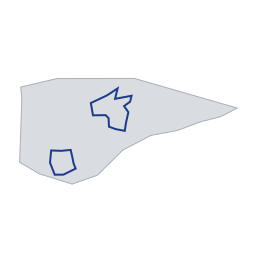 location of Vaduz within Liechtenstein, rotated 87°
{"feature_id": "LIE-4895", "entity_name": "Vaduz", "entity_type": "state/province", "adm_level": 1, "iso_a3": "LIE", "parent_name": "Liechtenstein", "parent_adm1": "", "projection": "natural_earth1", "projection_center": [9.545, 47.128], "detail": "fine", "context": "in_parent", "style": "outline", "palette": "blue", "viewbox_px": 256, "rotation_deg": 87, "n_neighbors": 0, "source": "natural_earth", "source_scale": "10m", "svg_char_len": 708}
<svg xmlns="http://www.w3.org/2000/svg" viewBox="0 0 256 256"><g transform="rotate(87 128 128)"><path d="M156.6,238.0L93.4,232.5L81.5,233.0L74.9,196.6L78.8,119.1L113.8,18.0L121.4,34.6L125.7,55.7L132.9,78.3L136.7,105.9L149.8,134.3L173.5,161.0L181.1,186.7L169.1,219.0L156.6,238.0Z" fill="#d9dde1" stroke="#a8b0b8" stroke-width="1"/><path d="M101.1,163.8L94.3,147.2L87.9,136.3L98.2,139.4L96.0,122.8L101.8,124.5L105.9,130.8L112.2,126.8L122.5,129.7L130.7,131.4L128.4,140.6L125.7,146.9L117.1,146.9L114.0,149.7L113.5,162.3L101.1,163.8ZM146.4,205.9L147.3,196.2L146.9,186.4L153.2,185.3L160.9,184.1L165.8,182.4L171.2,195.0L170.8,203.6L158.6,207.7L146.4,205.9Z" fill="none" stroke="#1e3a8a" stroke-width="2"/></g></svg>